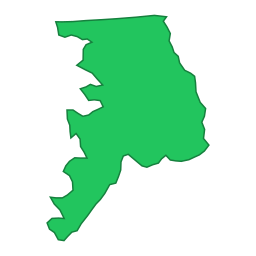 Jardinópolis, Santa Catarina, Brazil (Equal Earth projection)
{"feature_id": "56859067B41532106575458", "entity_name": "Jardinópolis", "entity_type": "district", "adm_level": 2, "iso_a3": "BRA", "parent_name": "Brazil", "parent_adm1": "Santa Catarina", "projection": "equal_earth", "projection_center": [-52.883, -26.726], "detail": "fine", "context": "isolated", "style": "filled", "palette": "green", "viewbox_px": 256, "rotation_deg": 0, "n_neighbors": 0, "source": "geoboundaries", "source_scale": "gbopen_adm2", "svg_char_len": 1479}
<svg xmlns="http://www.w3.org/2000/svg" viewBox="0 0 256 256"><path d="M55.8,21.8L57.6,27.5L58.8,35.0L64.9,37.2L71.2,35.0L77.3,36.6L82.4,39.6L87.3,39.0L91.9,42.2L86.1,44.7L83.3,49.3L83.1,60.1L76.8,65.3L85.2,69.7L92.2,73.1L97.6,79.4L102.7,85.0L96.2,86.5L90.4,84.4L86.1,86.9L80.3,88.8L84.7,94.4L88.7,100.4L94.3,99.8L100.2,100.6L103.2,106.8L97.9,109.4L92.9,111.6L88.7,115.0L82.9,116.3L78.0,113.4L73.0,110.0L67.0,110.0L67.4,119.0L69.8,125.3L70.1,131.5L70.9,137.9L76.1,133.5L80.1,139.1L80.6,146.6L84.1,152.1L87.0,158.1L80.8,158.1L74.7,157.8L69.5,161.3L65.8,165.9L63.3,171.5L69.5,175.6L72.5,181.8L73.0,190.2L67.4,195.0L62.4,197.9L56.1,197.9L50.4,197.2L54.3,204.1L60.0,210.0L64.2,218.5L58.5,218.1L52.0,218.4L47.1,222.9L49.5,229.1L54.4,232.5L58.3,239.7L64.0,240.6L67.6,236.5L71.9,232.1L77.1,230.7L81.2,223.7L87.6,215.6L92.0,209.4L95.9,204.1L100.4,199.4L104.8,193.4L109.7,184.6L115.8,183.1L118.6,176.2L120.7,170.0L121.0,161.9L123.3,156.0L128.2,154.3L142.0,165.9L146.9,167.2L152.8,164.7L158.4,163.1L161.6,158.8L165.9,155.3L170.3,160.0L175.9,160.9L181.3,161.3L188.9,159.7L194.4,157.1L199.3,154.9L204.4,151.0L208.9,145.1L203.5,138.5L204.6,129.4L201.8,122.2L204.4,116.3L205.6,108.5L200.2,102.4L196.0,91.8L195.5,82.8L194.6,76.3L190.6,73.2L184.7,70.3L179.6,62.9L178.2,56.3L174.0,52.5L172.2,46.9L169.1,40.9L170.3,33.5L167.1,27.2L163.3,21.2L166.5,16.8L154.4,15.4L136.1,17.2L115.6,18.8L101.8,19.7L85.6,20.6L72.8,21.6L62.1,21.9L55.8,21.8Z" fill="#22c55e" stroke="#15803d" stroke-width="1.5"/></svg>